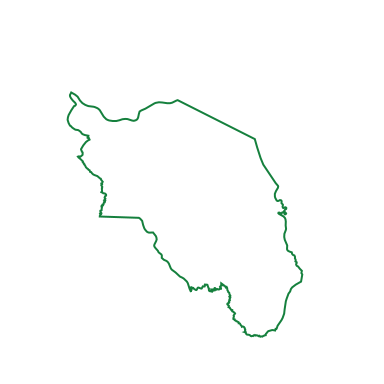 Khuan Niang, Songkhla, Thailand (Natural Earth projection), rotated 314°
{"feature_id": "78962969B48341531753784", "entity_name": "Khuan Niang", "entity_type": "district", "adm_level": 2, "iso_a3": "THA", "parent_name": "Thailand", "parent_adm1": "Songkhla", "projection": "natural_earth1", "projection_center": [100.353, 7.193], "detail": "fine", "context": "isolated", "style": "outline", "palette": "green", "viewbox_px": 384, "rotation_deg": 314, "n_neighbors": 0, "source": "geoboundaries", "source_scale": "gbopen_adm2", "svg_char_len": 6057}
<svg xmlns="http://www.w3.org/2000/svg" viewBox="0 0 384 384"><g transform="rotate(314 192 192)"><path d="M273.7,200.4L248.1,117.9L247.0,117.3L242.5,115.7L240.6,114.5L238.6,112.4L235.7,108.4L233.6,105.9L230.8,103.9L229.6,103.4L219.6,100.6L215.5,98.9L213.5,98.4L211.2,99.6L208.0,101.6L206.2,102.1L204.5,101.7L202.8,100.7L201.8,99.3L199.7,95.0L198.3,93.3L196.0,91.4L193.1,89.9L190.6,88.3L188.1,85.8L185.9,82.7L185.2,81.1L184.8,79.7L184.9,76.1L186.8,68.8L186.8,66.9L186.5,65.5L185.5,62.9L184.9,61.9L181.9,57.9L181.4,56.9L180.5,54.7L179.8,51.4L180.0,47.9L181.1,43.5L180.8,40.3L179.7,36.0L176.9,36.9L176.0,38.0L175.4,39.9L175.0,42.9L175.0,46.0L174.5,47.6L173.9,47.9L172.8,48.0L171.8,47.5L167.0,48.4L161.7,49.8L159.5,50.9L157.5,52.4L155.9,55.3L155.1,57.8L155.0,58.5L155.3,59.3L155.1,60.5L155.3,62.3L155.8,64.8L157.4,67.0L157.8,68.6L157.9,70.5L157.5,72.1L157.7,73.4L158.5,75.3L160.5,78.4L159.5,79.1L159.1,79.0L159.2,79.7L158.6,79.7L158.8,80.3L158.8,81.1L158.6,81.9L158.4,82.0L157.5,81.5L154.3,81.0L150.0,81.4L145.8,82.4L145.4,82.8L144.8,84.4L144.5,84.7L144.5,85.8L143.2,87.1L142.5,87.5L140.0,87.2L139.0,85.8L138.2,85.4L138.0,86.4L138.2,88.2L138.2,92.2L137.6,92.6L137.7,93.4L137.2,94.2L137.3,95.1L136.9,95.4L136.9,96.4L136.1,98.6L136.1,100.5L136.3,101.2L136.1,102.2L136.5,103.2L135.7,104.8L136.3,105.7L136.0,106.8L136.0,108.7L136.5,110.2L137.7,112.9L137.9,116.6L138.2,117.2L137.7,118.0L137.3,120.7L136.1,121.0L135.4,121.7L135.0,121.2L134.6,122.0L133.9,122.0L133.6,122.9L133.5,123.6L133.3,124.0L132.4,124.3L132.1,124.8L131.7,124.9L129.8,127.1L129.2,126.8L128.9,126.9L129.4,128.2L129.4,129.0L130.4,130.3L130.5,131.9L130.0,132.5L129.6,132.7L129.1,132.4L128.1,132.6L127.3,133.0L127.0,134.4L126.6,134.5L126.2,134.2L125.7,134.3L125.4,134.6L125.8,134.9L125.7,135.3L124.7,135.0L124.6,136.1L123.9,136.4L123.2,135.9L121.9,136.8L121.4,136.6L121.1,137.1L120.4,137.3L120.2,137.2L120.1,136.7L119.6,137.0L119.3,136.6L119.2,136.6L119.0,136.9L118.5,137.1L118.3,138.0L117.0,138.8L116.2,139.6L115.5,139.5L114.9,139.1L114.6,139.2L114.1,140.3L113.9,141.2L113.1,140.7L112.5,140.8L112.4,141.2L113.0,141.5L112.8,142.0L112.1,141.9L111.6,142.1L110.9,142.2L110.3,142.7L136.5,171.7L136.8,173.2L136.6,176.2L134.3,179.8L132.8,182.8L132.4,184.1L132.1,187.0L132.3,188.0L132.9,189.3L135.8,192.1L135.2,196.5L134.6,197.9L133.4,199.5L131.8,200.3L128.2,201.4L127.2,202.0L126.9,202.4L126.6,203.0L126.3,204.6L126.0,208.3L125.4,209.9L125.8,213.4L125.3,214.5L123.6,216.0L123.7,218.9L124.7,221.6L124.8,223.3L124.4,225.2L122.5,229.4L122.2,230.5L122.1,231.5L122.7,236.1L122.8,242.1L123.5,244.1L124.0,246.1L124.0,250.5L123.5,252.3L120.7,257.5L119.4,260.7L120.3,259.8L120.9,259.8L121.8,259.3L122.0,258.6L121.7,258.3L121.8,258.1L122.5,257.4L123.1,257.8L122.8,258.2L123.0,258.8L123.9,259.6L123.7,260.4L124.1,262.6L124.5,263.2L125.0,263.3L126.9,262.7L127.5,262.8L127.8,263.1L128.6,265.1L129.0,265.8L129.4,266.0L131.6,265.3L132.4,266.4L132.9,266.7L134.0,265.7L134.5,265.6L134.9,266.5L135.7,267.0L135.9,267.6L134.4,270.5L134.4,271.1L133.3,272.1L132.9,272.7L132.9,273.4L133.2,274.0L134.1,273.8L134.4,274.0L134.4,274.3L134.0,274.6L134.2,275.7L134.7,275.7L135.3,275.3L136.2,276.0L136.2,275.3L136.4,275.0L136.3,274.6L137.1,275.4L137.8,275.5L137.9,276.1L138.1,276.2L138.3,275.1L138.6,275.0L138.9,275.3L138.8,276.2L138.6,276.6L138.1,276.8L138.1,277.0L139.0,277.6L139.7,277.5L140.5,279.1L141.7,279.2L142.4,280.1L142.7,280.0L143.3,279.0L143.1,278.3L143.2,278.0L144.1,277.9L144.9,278.1L146.6,276.5L146.9,278.8L146.4,278.6L146.2,278.8L146.6,279.4L147.2,280.9L146.8,282.8L147.1,282.9L147.6,282.6L147.8,282.7L147.4,283.9L145.9,285.8L145.7,286.9L145.2,287.6L145.4,288.7L144.5,290.0L144.0,291.7L143.7,291.8L143.3,291.4L142.9,291.5L143.2,292.2L142.7,292.9L141.9,292.8L141.4,293.6L140.5,293.7L140.2,294.6L139.1,294.4L138.6,294.9L138.4,295.5L137.5,295.6L136.7,295.0L135.9,295.2L135.7,295.9L135.8,297.5L134.5,298.3L135.1,299.5L134.7,300.2L134.7,300.9L134.4,302.1L135.0,302.9L134.3,303.4L134.4,303.8L134.2,304.1L134.6,305.0L134.5,305.6L134.7,306.6L134.4,307.0L134.4,307.4L132.1,307.7L131.4,308.8L130.1,309.3L129.8,309.7L129.4,309.9L129.4,310.4L130.0,311.1L129.5,311.9L129.9,312.8L129.8,313.6L130.2,314.1L130.2,314.7L130.7,315.9L130.4,316.5L130.0,316.8L130.6,317.6L130.6,318.0L130.1,319.6L130.1,320.7L129.7,321.5L130.2,321.7L130.7,322.2L131.0,323.2L130.8,324.3L130.4,324.8L130.2,325.6L129.9,326.0L129.5,326.0L129.1,326.7L128.6,326.9L128.8,327.3L128.7,327.6L127.7,327.1L128.0,327.8L128.0,328.6L127.5,329.9L127.7,330.8L128.7,331.9L129.2,333.0L129.2,334.2L129.5,334.9L130.4,335.4L130.8,336.0L131.7,335.9L132.1,336.5L132.8,336.6L132.9,337.4L133.5,337.6L133.8,338.3L134.3,338.8L134.5,340.0L135.3,340.2L135.3,341.6L136.0,341.8L136.9,343.1L137.9,343.2L138.4,343.6L139.2,343.7L140.2,344.5L140.8,343.9L141.4,343.7L142.3,343.7L144.2,343.5L145.0,343.6L148.1,345.4L148.8,346.0L150.1,348.0L151.6,347.2L152.0,347.8L152.5,347.8L155.2,346.5L161.9,345.4L164.3,344.7L168.5,342.8L172.0,340.1L178.6,335.4L181.0,334.2L186.0,332.0L188.6,331.7L190.8,330.6L192.9,330.3L197.5,331.0L203.3,332.7L209.3,328.6L209.7,327.0L211.6,325.8L211.7,322.7L212.1,320.1L211.7,318.6L212.0,317.6L212.4,317.0L213.5,316.7L214.0,316.3L214.2,316.0L213.9,315.0L213.9,314.6L214.9,314.1L215.3,313.5L215.8,312.1L216.9,311.2L217.5,309.7L216.9,308.4L216.9,307.9L217.1,306.8L217.9,305.7L216.9,303.6L216.4,301.9L216.6,300.5L217.3,299.7L219.7,297.6L222.1,291.9L223.7,289.6L226.1,287.5L229.6,286.0L230.8,285.3L233.0,282.6L235.9,280.0L237.3,278.2L237.9,276.8L238.0,274.7L236.7,269.9L236.7,268.9L237.2,268.6L237.8,269.0L238.4,270.7L238.8,271.3L240.0,271.1L240.7,271.6L241.1,272.6L240.5,273.7L240.4,274.2L240.7,274.6L241.7,274.8L242.0,274.6L242.2,271.5L244.0,271.2L245.2,271.5L246.0,271.0L246.1,270.3L245.9,269.8L245.3,269.4L244.1,269.0L243.9,268.7L243.8,268.3L244.4,267.3L245.9,266.4L246.1,265.8L246.1,264.2L247.6,262.9L247.9,262.3L247.9,261.9L247.3,260.9L245.7,260.4L244.9,259.7L244.7,258.8L245.6,256.0L246.3,254.8L248.2,252.9L250.9,251.8L254.7,250.9L255.9,250.1L256.2,249.5L256.5,246.1L261.2,224.3L264.1,217.7L269.4,207.8L273.7,200.4Z" fill="none" stroke="#15803d" stroke-width="2"/></g></svg>